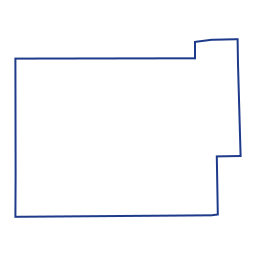 the district of Coles, Illinois, United States of America
{"feature_id": "52423323B20272514660915", "entity_name": "Coles", "entity_type": "district", "adm_level": 2, "iso_a3": "USA", "parent_name": "United States of America", "parent_adm1": "Illinois", "projection": "albers", "projection_center": [-88.152, 39.53], "detail": "fine", "context": "isolated", "style": "outline", "palette": "blue", "viewbox_px": 256, "rotation_deg": 0, "n_neighbors": 0, "source": "geoboundaries", "source_scale": "gbopen_adm2", "svg_char_len": 273}
<svg xmlns="http://www.w3.org/2000/svg" viewBox="0 0 256 256"><path d="M15.6,175.4L15.4,216.8L211.5,215.3L217.8,214.5L216.8,156.4L240.6,156.0L238.0,64.1L237.6,39.2L211.4,39.8L195.0,41.9L195.0,58.3L15.4,58.6L15.6,175.4Z" fill="none" stroke="#1e3a8a" stroke-width="2"/></svg>